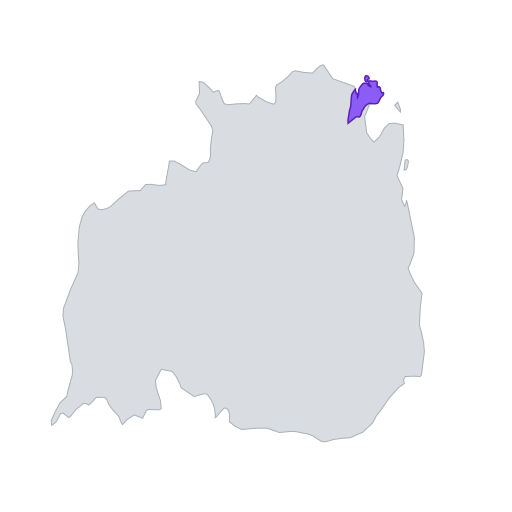 Krong Preah Sihanouk on a map of Cambodia (Equal Earth projection), rotated 189°
{"feature_id": "KHM-1800", "entity_name": "Krong Preah Sihanouk", "entity_type": "Municipality", "adm_level": 1, "iso_a3": "KHM", "parent_name": "Cambodia", "parent_adm1": "", "projection": "equal_earth", "projection_center": [103.754, 10.721], "detail": "fine", "context": "in_parent", "style": "filled", "palette": "violet", "viewbox_px": 512, "rotation_deg": 189, "n_neighbors": 0, "source": "natural_earth", "source_scale": "10m", "svg_char_len": 4218}
<svg xmlns="http://www.w3.org/2000/svg" viewBox="0 0 512 512"><g transform="rotate(189 256 256)"><path d="M431.4,56.7L432.5,61.8L429.7,71.5L426.7,80.2L420.9,87.8L420.7,93.5L418.8,110.2L419.6,115.6L420.9,120.1L422.8,122.6L427.9,139.0L432.6,153.9L437.2,166.2L438.0,174.0L434.0,193.7L429.2,211.7L429.7,220.8L431.8,229.8L434.1,241.8L435.0,257.2L433.9,267.3L431.7,273.5L427.6,279.9L423.9,283.2L419.6,277.8L416.1,277.5L411.4,279.2L407.8,281.7L400.3,291.1L392.1,300.2L380.6,302.5L376.2,309.3L371.4,310.3L362.4,310.6L356.4,312.2L356.7,315.6L356.3,331.7L356.4,335.5L355.5,336.5L351.4,337.0L344.4,334.5L335.0,330.5L328.3,329.9L324.9,336.9L322.9,339.7L320.3,340.1L317.7,341.3L316.8,344.5L316.6,348.4L317.9,355.1L318.4,365.8L318.1,373.0L320.6,377.6L335.0,393.1L339.2,397.0L339.7,399.3L337.2,407.7L339.5,419.5L335.0,419.3L327.5,414.2L323.9,411.1L319.5,413.6L318.0,413.1L315.0,407.3L311.2,401.4L307.2,401.0L298.8,403.3L290.3,404.9L287.0,404.9L285.7,406.0L280.7,414.8L278.6,413.3L270.0,410.0L262.1,408.7L260.5,411.0L261.5,418.2L263.2,425.2L262.2,428.2L257.9,431.9L252.2,438.6L248.7,443.8L246.2,445.1L237.5,444.8L228.8,445.5L225.4,450.4L222.1,454.2L219.3,455.3L207.9,443.1L185.4,438.9L183.0,433.6L180.8,432.5L178.7,439.5L166.4,446.2L161.2,442.1L157.4,437.2L158.0,431.3L161.6,426.4L167.7,422.9L170.5,410.6L165.9,395.0L161.8,390.4L157.4,386.8L152.9,392.6L149.1,402.6L145.1,407.7L139.4,408.9L131.2,408.5L128.0,393.6L126.9,380.8L128.1,366.2L129.3,357.5L121.4,345.6L121.0,334.3L117.1,328.5L116.0,331.4L116.1,334.7L115.0,332.3L102.5,299.1L100.4,283.6L102.6,271.8L103.9,267.8L100.3,261.6L95.2,254.5L86.2,245.2L85.7,230.5L83.7,213.2L81.0,207.3L76.9,196.7L74.7,187.8L74.0,164.5L75.2,162.6L81.5,162.0L89.7,160.3L90.9,156.5L89.5,153.4L94.7,148.1L102.2,136.6L108.0,124.5L112.2,116.8L114.7,109.3L123.1,98.6L134.6,91.2L142.5,89.4L150.7,86.9L158.5,83.3L162.2,83.0L171.9,87.3L177.2,88.4L182.7,88.4L188.4,88.8L193.4,88.4L205.3,85.3L218.0,87.7L229.2,85.9L243.2,82.4L250.1,84.6L256.3,88.1L257.2,95.2L258.7,98.4L260.7,100.9L263.5,100.9L267.1,95.9L270.0,90.8L271.0,89.9L271.2,92.4L272.7,97.9L275.3,103.4L278.0,107.0L282.5,111.8L285.5,112.0L295.0,107.5L309.3,114.1L311.0,117.4L315.7,124.1L320.7,128.9L331.9,129.2L335.8,117.4L333.9,110.2L327.5,97.6L325.7,90.2L327.7,88.9L338.5,87.5L340.2,86.0L342.6,77.9L345.5,78.8L351.5,79.9L357.8,74.3L361.5,68.5L363.6,71.1L365.8,75.2L368.3,77.6L372.8,81.1L377.9,86.1L381.0,90.9L383.5,92.8L389.9,91.5L391.6,91.6L395.3,85.8L397.9,82.6L400.1,83.5L403.4,83.4L410.0,75.9L413.8,69.0L415.9,67.1L421.9,70.6L424.3,69.9L427.7,60.4L431.4,56.7ZM123.7,373.9L122.5,374.8L121.4,374.7L120.2,373.4L120.3,368.0L121.2,364.7L123.2,364.1L123.7,373.9ZM142.6,426.6L140.0,430.2L136.0,422.8L136.0,420.7L142.6,426.6Z" fill="#d9dde1" stroke="#a8b0b8" stroke-width="1"/><path d="M184.0,436.2L184.0,435.9L182.5,432.2L182.3,432.2L181.3,432.2L181.0,432.1L181.0,431.7L181.1,431.3L181.0,430.9L180.8,430.3L180.7,429.0L180.5,428.4L180.0,430.3L180.1,432.3L180.5,435.7L180.3,437.3L179.7,438.9L178.2,441.8L177.4,442.9L176.5,443.5L175.3,443.7L173.7,443.7L172.8,443.5L172.4,443.0L172.1,442.3L171.5,441.8L170.8,441.5L169.7,441.5L169.2,441.1L169.2,441.8L170.6,442.8L171.9,444.5L172.3,446.2L170.8,446.9L168.5,446.7L166.0,447.4L164.7,447.5L163.7,446.9L163.3,445.6L163.2,444.3L163.2,443.7L163.0,443.4L162.8,442.2L162.5,441.8L162.0,441.7L161.7,442.0L161.5,442.3L161.1,442.4L160.7,442.3L160.0,441.9L159.4,441.2L158.9,439.0L158.2,438.0L156.8,436.6L155.7,437.3L155.3,436.1L155.7,434.4L156.6,433.5L157.1,432.8L157.8,431.2L158.4,429.4L158.7,428.1L159.8,425.9L162.5,424.9L167.9,424.6L168.0,424.6L168.2,424.4L170.1,422.9L171.7,421.0L172.0,420.4L172.2,420.0L172.3,419.7L172.8,418.3L173.8,416.1L174.0,415.6L174.1,415.2L174.2,414.5L174.2,413.3L174.3,412.6L174.5,411.8L175.0,410.3L175.5,409.7L175.9,409.4L177.4,409.5L177.7,409.5L178.2,409.4L178.7,409.1L179.8,408.1L185.8,401.5L186.4,404.6L186.4,414.2L185.9,418.6L185.9,419.4L186.6,427.1L186.7,429.0L186.6,430.4L186.4,431.2L185.8,432.8L184.5,435.5L184.2,436.0L184.0,436.2ZM174.9,445.6L175.8,446.5L176.4,448.5L176.3,450.4L175.6,451.3L174.4,451.3L173.4,451.0L172.6,450.3L172.0,448.8L172.6,448.6L172.9,448.3L173.4,447.5L173.0,446.4L173.2,445.7L173.9,445.4L174.9,445.6Z" fill="#8b5cf6" stroke="#5b21b6" stroke-width="1.5"/></g></svg>